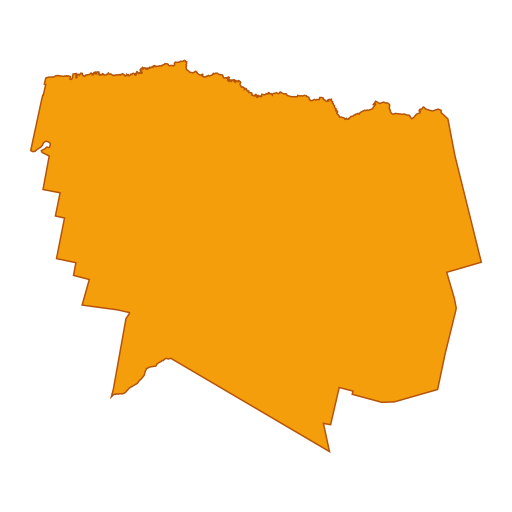 the district of Graneros, Tucumán, Argentina
{"feature_id": "61730980B10036181744679", "entity_name": "Graneros", "entity_type": "district", "adm_level": 2, "iso_a3": "ARG", "parent_name": "Argentina", "parent_adm1": "Tucumán", "projection": "orthographic", "projection_center": [-65.334, -27.735], "detail": "fine", "context": "isolated", "style": "filled", "palette": "amber", "viewbox_px": 512, "rotation_deg": 0, "n_neighbors": 0, "source": "geoboundaries", "source_scale": "gbopen_adm2", "svg_char_len": 5708}
<svg xmlns="http://www.w3.org/2000/svg" viewBox="0 0 512 512"><path d="M447.9,118.9L441.0,112.5L441.2,110.4L438.1,109.1L432.3,111.1L425.7,109.0L423.8,107.1L423.2,107.1L421.9,108.9L419.7,109.4L419.2,110.3L419.3,111.3L420.4,111.3L420.0,112.8L416.4,114.2L413.7,117.5L411.8,118.7L411.2,118.3L409.4,115.3L405.8,114.8L404.7,114.0L402.4,114.3L395.4,113.4L393.3,114.3L391.7,113.6L390.6,112.1L390.0,109.5L389.2,108.6L389.7,105.0L388.7,103.7L387.5,103.0L385.6,102.9L383.6,102.1L379.7,103.5L375.7,101.2L373.6,104.2L375.4,103.8L375.6,104.5L375.2,105.1L374.2,105.5L374.1,106.5L373.3,107.1L372.6,108.7L368.2,110.4L367.2,110.0L365.8,110.6L364.8,110.2L360.9,112.1L359.5,113.3L359.2,114.1L358.0,113.4L357.1,114.0L355.6,114.2L355.0,115.0L354.3,114.9L353.3,116.0L350.8,116.5L349.9,117.8L348.6,118.4L348.6,119.1L346.6,119.1L346.3,118.4L345.0,119.3L344.3,118.1L341.2,117.0L339.6,117.3L338.9,115.4L336.8,113.5L337.0,112.7L337.6,112.3L337.6,111.5L336.8,110.7L336.1,111.1L335.8,110.8L336.4,110.1L335.7,109.6L336.1,108.9L334.5,107.5L334.5,105.9L333.5,104.7L333.3,103.7L332.4,103.1L332.7,102.0L332.5,101.4L331.7,101.3L331.2,100.6L331.7,98.7L330.8,99.8L329.7,99.4L328.2,99.6L327.8,100.3L328.5,101.0L326.5,101.4L324.2,99.5L323.5,99.6L322.9,97.7L320.0,97.4L319.5,97.8L319.3,99.5L318.9,99.7L316.6,99.5L315.8,100.1L314.5,99.4L311.9,100.7L310.2,100.5L309.9,99.6L309.4,99.5L308.8,97.3L306.6,96.4L306.2,95.7L304.4,95.4L302.8,96.0L301.3,95.7L300.0,96.0L297.7,95.4L297.3,96.7L291.3,96.7L287.9,95.7L287.0,95.1L286.1,93.8L283.9,93.9L281.2,92.6L280.7,92.0L279.9,92.1L279.3,93.2L278.0,93.7L276.6,92.8L273.4,93.5L272.3,94.2L272.3,94.9L271.0,93.6L270.3,93.9L269.5,93.6L269.1,92.7L268.4,92.6L268.0,93.9L266.1,93.7L265.8,94.4L264.5,94.8L261.8,94.3L261.7,95.1L260.7,96.2L261.3,96.5L260.8,96.8L258.8,95.7L258.9,96.2L258.1,96.9L256.8,97.2L256.7,96.5L257.2,96.4L257.3,95.6L256.6,95.6L256.0,94.5L255.4,94.5L255.1,94.9L256.1,95.4L255.9,95.9L255.4,95.6L254.6,96.0L252.2,95.2L251.8,94.9L252.2,94.3L251.5,93.6L251.6,92.9L248.8,92.5L248.7,90.9L247.4,91.2L246.3,88.8L244.6,89.4L245.1,88.4L244.9,88.1L243.3,87.7L242.8,86.8L241.5,87.2L239.9,84.3L240.7,82.6L240.2,81.7L238.7,80.5L238.1,80.8L238.0,81.6L235.9,80.7L235.5,81.2L235.5,82.2L234.6,82.0L234.4,81.1L234.9,80.5L234.3,80.4L234.3,79.9L233.9,79.7L233.4,79.8L233.5,80.5L233.1,80.7L232.3,80.1L231.2,80.0L231.2,81.3L229.5,80.2L229.0,81.4L227.7,80.5L227.7,80.1L228.5,80.2L228.9,79.8L228.2,79.8L227.9,79.3L228.5,78.1L229.2,78.0L229.4,77.5L228.3,77.0L228.0,77.6L227.0,77.7L226.5,78.2L225.7,77.7L224.1,78.0L223.1,77.0L223.0,75.9L222.5,75.0L219.0,74.4L217.2,73.2L215.9,73.1L214.4,73.8L213.3,73.3L213.0,73.6L213.0,74.4L211.2,75.4L209.3,76.0L208.4,75.4L207.0,76.3L206.3,76.2L205.7,76.9L203.7,76.9L202.3,76.0L202.9,74.9L202.6,74.3L202.0,74.3L201.3,75.1L199.1,74.7L197.4,73.3L197.1,72.4L196.5,72.3L195.8,71.2L193.1,72.8L189.6,72.2L188.8,71.1L186.5,69.6L186.1,67.2L186.5,65.5L186.0,64.7L186.5,64.0L186.7,61.8L185.8,61.8L185.4,60.9L184.2,60.4L182.8,61.4L180.4,61.3L179.5,62.1L176.6,62.4L175.4,62.1L174.3,63.4L174.6,64.8L173.5,65.9L171.8,65.4L169.3,65.7L168.6,65.4L168.3,64.5L167.6,64.0L166.0,63.6L164.8,63.8L164.4,64.4L161.6,65.5L161.5,66.0L159.4,65.8L158.6,66.4L157.5,66.2L156.1,66.6L155.9,66.3L155.2,66.5L155.2,66.0L154.4,65.6L153.7,66.2L153.3,66.0L152.9,67.3L152.2,66.8L150.2,67.9L150.2,67.3L149.6,67.2L148.9,68.3L148.1,68.7L147.7,68.4L148.0,68.4L147.9,68.1L146.9,68.2L147.2,68.6L146.9,69.4L145.7,69.1L145.1,67.9L143.9,67.8L143.4,68.6L142.8,67.9L142.7,68.8L141.7,68.1L141.0,68.6L141.0,69.5L140.1,70.0L140.8,71.0L141.5,71.1L140.9,71.9L141.3,72.5L142.0,72.6L142.0,73.0L141.0,73.3L140.8,72.6L139.9,72.3L138.9,73.6L138.3,72.9L137.8,73.0L137.6,72.0L136.8,71.7L136.5,72.2L136.9,72.8L135.8,73.4L136.2,74.3L135.7,75.3L135.0,75.1L134.4,73.9L133.5,73.3L132.7,73.5L131.9,74.5L131.0,74.0L129.7,75.6L128.5,75.5L128.3,74.6L127.0,74.9L126.8,74.6L126.6,75.6L125.8,75.6L125.3,76.0L124.6,75.7L124.7,75.2L123.3,74.5L122.9,73.7L121.0,74.4L120.3,75.1L119.0,74.5L117.9,75.1L116.7,74.8L115.0,75.1L114.2,75.7L113.4,75.2L112.7,75.4L110.8,73.9L109.4,74.3L108.4,73.0L106.2,74.9L104.3,75.1L102.8,73.7L102.3,73.9L102.4,74.6L99.8,75.1L98.6,74.4L99.5,73.9L98.8,73.3L99.0,72.2L98.0,71.8L97.4,72.0L96.6,73.3L96.3,72.1L95.5,72.0L95.3,72.4L96.0,73.0L95.5,73.6L94.6,72.4L93.9,72.5L93.6,73.2L94.3,73.6L93.5,73.8L93.3,74.8L92.2,74.9L92.4,74.0L91.6,73.2L90.8,73.1L89.6,74.4L85.6,75.1L85.5,75.8L84.2,76.4L83.7,75.7L82.8,75.5L82.2,73.3L80.9,73.2L80.8,73.8L80.3,73.8L79.3,75.3L78.9,74.5L76.4,74.1L76.2,74.4L77.0,75.5L76.7,76.0L77.0,77.6L76.5,77.9L75.9,77.8L76.2,74.4L76.3,73.6L73.1,74.0L72.4,77.8L71.6,79.4L70.0,79.1L70.5,76.7L68.1,75.8L67.5,76.3L66.5,75.8L65.8,76.2L64.8,75.9L63.5,76.4L57.5,75.5L55.5,75.9L53.9,76.9L48.3,77.2L45.8,78.0L44.3,84.1L45.7,84.6L43.3,95.1L42.8,95.1L41.8,98.9L30.7,150.6L33.1,151.7L35.2,151.2L36.8,149.6L41.0,147.0L42.5,145.1L43.4,142.9L45.5,141.3L47.1,141.4L49.3,142.4L50.3,143.7L49.9,146.4L49.4,147.2L48.2,147.6L47.3,147.1L46.5,147.2L44.9,148.8L41.4,150.6L41.6,151.7L42.4,152.6L49.2,156.0L43.0,189.5L60.1,192.8L55.4,216.0L64.5,218.0L56.5,258.6L75.9,262.7L73.5,275.4L89.3,279.5L82.1,305.1L117.2,309.8L129.5,312.6L128.9,314.3L126.0,318.5L113.3,389.5L111.3,396.9L113.6,394.6L114.3,394.3L115.8,394.3L116.6,393.9L118.7,394.1L119.6,393.7L122.8,393.8L125.3,392.5L129.4,388.0L137.4,383.3L139.4,380.5L141.3,378.9L144.1,375.4L145.3,371.2L146.6,368.6L150.2,366.9L155.8,366.1L156.7,364.4L158.1,363.1L161.5,361.2L162.1,360.5L163.3,360.5L164.7,359.0L166.1,358.4L168.6,359.0L170.8,358.3L329.5,451.6L323.4,423.4L330.6,424.7L339.2,387.5L353.0,391.1L352.2,394.3L381.7,402.3L394.2,401.9L437.6,389.5L445.1,353.9L455.9,310.1L456.2,308.0L454.4,298.5L446.7,272.3L481.3,262.2L454.9,155.6L447.9,118.9Z" fill="#f59e0b" stroke="#b45309" stroke-width="1.5"/></svg>